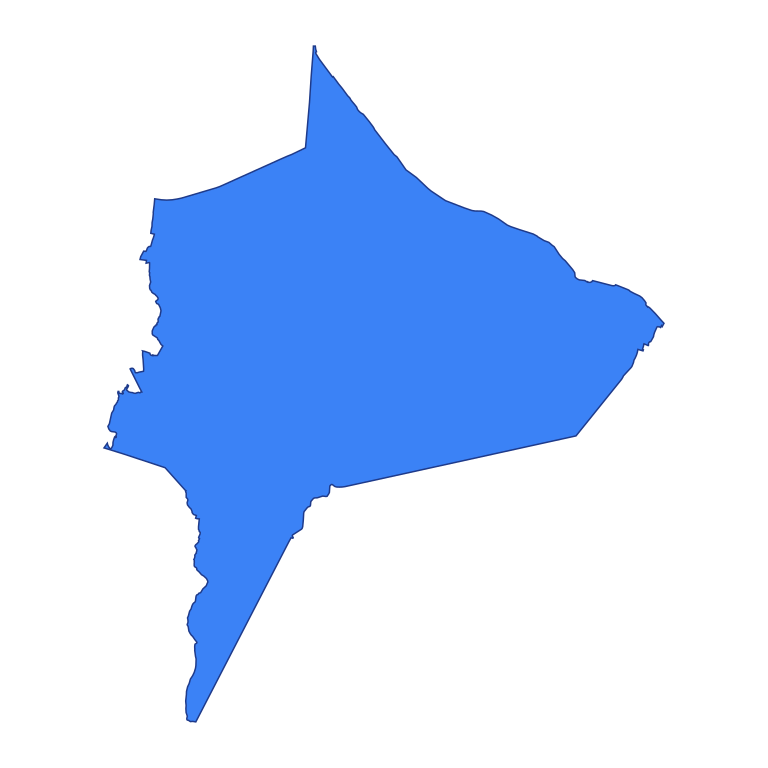 Xochimilco, Distrito Federal, Mexico (Mercator projection)
{"feature_id": "50627088B56641992702600", "entity_name": "Xochimilco", "entity_type": "district", "adm_level": 2, "iso_a3": "MEX", "parent_name": "Mexico", "parent_adm1": "Distrito Federal", "projection": "mercator", "projection_center": [-99.112, 19.236], "detail": "fine", "context": "isolated", "style": "filled", "palette": "blue", "viewbox_px": 768, "rotation_deg": 0, "n_neighbors": 0, "source": "geoboundaries", "source_scale": "gbopen_adm2", "svg_char_len": 6101}
<svg xmlns="http://www.w3.org/2000/svg" viewBox="0 0 768 768"><path d="M315.3,46.1L313.4,46.1L313.2,50.8L311.2,76.2L309.5,102.4L305.5,147.8L291.6,154.5L287.3,156.2L279.8,159.5L219.9,186.5L216.0,187.9L181.5,198.1L177.3,199.0L172.1,199.8L166.7,200.1L161.5,199.8L154.7,198.8L154.2,204.6L153.2,212.4L153.3,213.6L152.8,218.8L152.1,222.6L152.0,226.3L151.1,230.4L150.8,233.3L154.4,234.2L154.2,235.0L153.3,238.0L152.5,240.0L150.9,245.8L150.6,246.4L149.1,246.5L148.1,247.2L147.3,248.2L146.7,250.0L145.9,251.4L143.7,251.1L140.7,256.7L140.0,259.5L146.5,260.4L146.1,263.2L149.3,262.5L149.6,262.8L149.5,268.7L149.2,271.9L149.7,272.7L149.5,274.3L149.5,275.6L149.9,276.5L150.1,279.2L150.7,282.0L149.5,285.6L149.7,288.5L150.3,289.9L151.0,290.3L151.9,292.3L153.3,293.4L155.1,294.4L155.8,295.3L157.0,296.4L158.1,298.1L158.0,299.0L157.8,299.6L155.7,301.3L155.7,301.6L156.7,303.5L158.3,304.2L158.7,304.6L160.3,307.8L161.0,310.8L159.9,316.2L159.2,316.7L158.9,317.6L158.4,318.2L158.0,319.3L158.2,321.0L158.1,322.1L157.4,322.5L157.1,323.2L156.7,324.2L156.9,324.6L156.1,324.8L155.7,325.8L155.1,325.9L153.9,327.1L152.3,330.7L152.2,331.7L152.3,333.1L152.2,333.8L152.8,335.0L157.3,337.9L157.8,339.5L158.8,340.4L161.0,344.4L162.8,346.0L157.6,355.2L157.3,355.5L154.5,355.5L152.6,354.9L152.2,355.2L152.4,355.6L151.1,355.3L150.2,354.4L149.9,353.2L144.8,351.4L142.5,350.9L142.8,351.6L142.6,353.1L142.6,355.3L143.1,359.7L143.7,369.2L143.5,371.3L139.2,372.1L137.4,372.7L135.5,372.7L135.1,372.1L134.7,370.5L133.3,368.6L132.5,368.3L131.6,368.3L130.7,368.5L130.1,368.9L139.6,387.9L141.8,392.0L140.5,392.2L140.0,392.8L138.9,392.6L138.2,392.3L137.3,392.8L136.4,392.9L135.9,393.3L134.7,393.3L133.7,393.1L132.5,392.6L130.5,392.4L128.8,391.9L126.8,390.2L126.8,388.8L127.7,387.6L128.5,385.8L128.2,385.3L127.4,384.8L126.9,386.1L126.8,387.0L126.3,387.4L125.6,387.4L125.1,388.0L124.7,389.3L123.7,390.6L122.9,390.9L122.5,391.4L122.3,391.9L122.5,392.2L123.3,393.1L123.3,393.4L122.7,394.0L121.5,393.5L119.8,393.4L119.2,393.2L118.8,391.4L118.1,391.4L117.8,392.6L117.9,393.3L118.7,395.5L118.9,396.5L118.7,397.3L118.4,397.8L118.4,399.9L117.6,400.9L117.3,402.3L116.5,403.1L116.0,404.2L114.5,405.9L114.1,407.0L113.6,410.0L111.7,413.1L109.4,423.7L107.9,426.4L108.8,429.0L110.3,431.0L111.7,431.6L115.0,432.0L116.2,432.8L116.6,433.8L116.1,435.5L116.3,436.8L116.1,437.4L115.7,437.6L115.4,437.5L115.0,436.6L114.6,437.0L113.7,439.5L113.0,442.3L112.9,445.3L111.8,447.6L111.3,448.3L110.8,448.6L110.2,448.6L109.6,448.1L108.5,446.5L107.7,444.8L107.3,443.2L104.0,447.9L122.4,453.6L165.1,467.7L185.3,490.3L186.0,490.8L185.6,491.3L185.6,491.7L186.2,493.0L186.2,497.4L187.5,498.8L187.9,500.0L187.1,502.8L187.5,504.9L189.2,507.2L191.1,509.1L192.1,511.7L192.1,512.6L193.2,514.1L193.8,514.6L196.4,515.5L195.6,518.2L197.0,518.7L199.3,518.9L198.5,526.7L198.5,529.4L199.1,530.3L199.3,531.6L200.2,532.3L200.2,533.2L200.0,534.2L198.6,537.4L198.7,538.0L199.5,538.5L199.3,539.3L198.5,540.4L198.7,541.5L198.6,542.0L196.6,544.1L195.9,544.6L195.2,545.5L195.0,546.2L195.1,546.7L195.9,547.7L196.2,548.7L196.9,549.7L196.6,551.5L196.2,552.4L196.4,553.1L195.7,553.8L194.8,555.1L194.9,556.5L194.4,558.5L193.8,559.4L194.3,560.4L194.2,561.4L194.4,562.0L194.2,562.9L194.2,565.9L194.9,566.9L196.1,567.6L196.7,568.3L196.7,569.2L197.0,570.0L199.2,572.0L201.5,574.7L203.7,576.0L206.0,578.1L206.6,578.8L207.7,581.0L207.8,582.2L207.2,583.3L206.3,585.7L202.9,588.9L200.6,592.7L198.9,593.2L197.9,594.5L196.8,594.9L196.3,595.6L196.0,596.6L195.4,601.2L194.8,602.2L193.7,603.0L192.7,604.2L191.8,606.4L191.1,608.9L189.6,611.2L188.2,616.5L187.6,617.4L187.6,618.6L187.9,619.7L188.0,621.6L187.9,622.7L187.2,624.4L187.2,624.9L187.9,626.0L188.2,626.7L188.9,631.1L190.1,633.4L191.5,635.4L192.5,636.2L194.9,639.7L196.9,642.2L196.7,643.1L195.0,644.2L194.7,646.1L194.7,648.3L194.9,648.8L194.7,650.1L195.5,656.3L196.1,658.9L195.9,665.5L195.5,668.2L194.3,672.2L192.7,675.6L190.4,679.1L189.2,683.4L187.6,686.8L186.5,691.4L186.4,694.6L185.7,701.1L186.1,705.5L185.9,708.7L186.1,712.5L187.3,716.1L186.8,718.6L186.8,719.2L187.2,720.0L188.6,720.4L190.4,721.6L192.7,721.4L195.8,721.9L288.9,541.7L291.0,537.9L292.9,538.2L293.2,537.3L292.8,537.0L292.4,536.4L292.3,535.5L292.5,535.1L292.8,534.8L300.7,529.7L301.6,529.1L302.2,528.3L302.7,526.7L303.3,520.3L303.7,513.1L304.1,511.6L307.4,507.5L308.4,506.8L309.8,506.4L310.3,505.8L310.5,505.2L310.8,501.7L311.4,500.8L313.5,498.4L314.7,497.9L317.3,497.8L322.6,496.1L323.8,496.2L326.0,496.5L327.1,496.3L328.8,493.7L329.4,492.4L329.8,486.1L330.4,485.3L331.4,484.5L332.4,484.6L334.7,486.4L336.6,487.0L339.6,487.1L342.2,487.0L345.1,486.6L576.0,435.9L621.6,379.3L622.9,377.1L623.4,375.9L630.9,367.8L631.9,366.5L633.5,362.5L634.0,360.1L635.1,358.2L636.4,355.3L637.3,352.5L637.9,349.4L643.0,350.9L643.4,349.8L642.5,349.3L643.7,345.3L643.7,344.4L644.0,343.8L648.2,345.6L648.5,345.3L648.5,343.7L648.7,342.9L649.6,341.8L650.4,341.8L650.8,341.5L653.5,336.7L653.8,334.8L654.6,332.3L657.0,327.0L657.9,326.6L658.7,326.9L659.4,326.8L660.6,327.5L661.5,325.6L662.2,326.6L664.0,323.3L661.3,320.4L655.6,313.9L650.1,308.2L648.8,307.2L647.9,306.7L647.7,307.0L646.3,305.5L645.8,304.6L646.0,302.9L644.5,300.6L642.0,297.7L639.7,296.0L634.3,293.5L630.1,291.3L629.4,290.5L628.0,289.7L615.7,284.8L615.4,285.3L614.5,285.6L613.5,285.8L611.9,285.6L592.6,280.6L591.8,281.7L590.2,282.4L588.7,282.4L587.7,281.7L587.4,282.1L584.8,280.5L579.4,279.9L577.4,279.0L575.7,277.6L575.1,276.8L574.7,272.7L572.7,269.6L565.3,260.8L562.6,258.5L559.1,254.3L554.2,246.7L552.2,245.3L548.9,242.4L544.1,240.6L537.9,236.9L537.1,236.1L533.2,234.0L519.4,229.6L510.9,226.7L507.3,225.1L498.6,219.0L491.7,215.1L483.7,211.5L481.1,211.1L475.0,211.0L471.9,210.5L464.0,207.8L446.1,200.9L445.1,200.4L431.2,191.1L428.0,188.5L416.4,177.5L406.0,169.9L396.9,156.8L394.2,154.7L385.3,143.6L374.7,129.8L373.9,128.1L373.1,126.8L369.3,121.7L363.3,114.3L361.2,113.1L359.4,111.7L357.6,109.6L356.6,107.0L354.8,104.7L352.5,102.0L350.7,99.7L350.2,98.6L349.6,97.7L347.6,95.7L342.1,88.2L338.8,84.2L333.2,76.6L332.5,77.0L319.4,59.3L315.9,53.6L315.6,52.7L315.9,52.1L316.5,51.8L315.7,49.3L315.3,46.1Z" fill="#3b82f6" stroke="#1e3a8a" stroke-width="1.5"/></svg>